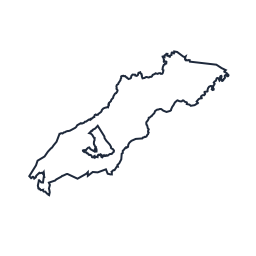 outline of Ixtlán de Juárez, Oaxaca, Mexico, rotated 22°
{"feature_id": "50627088B17775839910325", "entity_name": "Ixtlán de Juárez", "entity_type": "district", "adm_level": 2, "iso_a3": "MEX", "parent_name": "Mexico", "parent_adm1": "Oaxaca", "projection": "equal_earth", "projection_center": [-96.312, 17.477], "detail": "fine", "context": "isolated", "style": "outline", "palette": "slate", "viewbox_px": 256, "rotation_deg": 22, "n_neighbors": 0, "source": "geoboundaries", "source_scale": "gbopen_adm2", "svg_char_len": 5811}
<svg xmlns="http://www.w3.org/2000/svg" viewBox="0 0 256 256"><g transform="rotate(22 128 128)"><path d="M142.2,39.7L142.7,41.1L142.6,41.6L141.5,41.2L140.4,41.6L140.3,42.4L140.7,42.8L141.0,44.0L140.2,44.7L140.0,45.3L140.1,46.3L139.7,46.4L138.9,45.8L137.5,46.3L137.1,45.8L136.8,44.5L135.8,44.8L135.7,45.7L134.8,46.9L135.3,48.5L133.8,48.4L133.3,48.8L133.5,49.1L134.5,49.6L135.1,50.6L135.8,51.2L136.3,53.1L136.5,53.2L137.1,52.4L138.4,52.1L138.8,52.2L139.3,53.9L138.2,54.6L138.3,55.3L137.5,56.1L137.5,58.7L137.9,59.8L137.9,60.6L138.7,61.2L139.2,61.2L139.5,62.6L139.6,64.3L139.4,64.9L138.2,65.5L137.3,65.1L136.1,65.7L135.2,66.7L133.1,67.0L133.1,67.3L131.0,69.5L130.8,71.3L130.2,72.0L129.4,72.2L128.4,73.4L126.0,73.8L125.2,74.4L124.7,75.3L122.9,76.5L121.5,75.0L121.1,73.8L120.4,73.5L120.1,72.7L118.8,72.5L118.4,71.8L117.1,72.9L117.3,75.2L116.6,76.4L115.3,76.6L115.2,76.2L114.6,75.9L112.2,76.8L111.6,78.6L112.0,80.4L111.4,81.4L110.1,82.4L108.1,81.6L107.9,81.8L105.8,80.9L105.0,81.5L104.1,81.3L102.5,82.4L102.4,83.0L103.0,84.2L102.8,85.5L103.1,86.5L102.3,90.0L102.5,90.9L101.7,92.0L101.5,92.6L101.7,93.9L102.6,95.2L102.6,96.0L104.2,96.9L104.4,98.5L104.1,98.9L104.0,100.1L103.4,100.5L103.0,101.4L102.6,104.1L102.9,105.7L102.0,107.9L102.1,109.6L100.9,112.0L101.0,113.5L101.3,113.8L101.6,113.6L101.8,114.3L101.5,115.2L101.7,116.0L101.2,115.9L100.9,116.7L99.4,117.6L97.9,119.0L97.2,120.6L97.0,121.4L97.2,121.9L97.0,123.2L95.2,126.2L95.1,127.0L94.6,127.1L94.1,127.7L93.0,127.6L92.3,128.5L92.4,129.2L92.3,130.0L92.6,130.5L92.0,130.9L91.6,131.7L91.3,131.8L90.8,133.2L90.1,133.4L90.1,134.1L89.8,134.1L89.7,134.7L88.9,134.6L88.5,134.9L86.8,137.7L85.7,138.3L85.3,139.5L84.0,140.8L83.5,141.2L82.6,141.1L82.4,141.7L81.5,142.2L80.8,143.5L80.1,144.0L79.8,144.8L79.6,146.4L79.0,147.6L75.1,152.3L73.6,153.3L73.0,153.5L71.6,154.8L71.0,155.7L70.1,156.2L69.4,157.6L68.4,157.7L67.6,158.2L67.0,159.2L66.7,159.2L66.9,167.5L65.5,171.9L64.9,174.6L64.2,175.7L62.6,179.9L61.3,185.7L56.4,192.2L56.7,197.1L54.5,209.6L57.0,210.8L57.5,210.2L57.7,209.1L58.3,208.8L59.0,208.9L60.0,210.0L61.0,208.3L60.8,206.7L62.5,202.9L62.8,203.1L63.6,202.7L65.2,201.6L66.1,202.2L66.4,200.5L67.8,203.1L68.2,204.7L68.8,204.9L68.4,205.7L69.6,210.4L68.0,210.9L65.2,209.7L64.9,209.9L65.1,210.3L66.0,215.2L67.1,216.8L67.5,216.9L67.6,217.6L68.3,217.6L68.8,218.0L69.3,217.6L70.5,218.3L72.2,217.2L72.2,217.6L73.6,218.5L75.2,218.0L77.5,219.2L79.0,219.2L79.2,219.7L80.0,219.8L79.5,216.9L78.0,214.5L77.4,213.9L76.9,210.1L75.1,208.3L80.1,204.0L80.7,202.6L84.4,198.1L84.9,197.0L85.5,196.7L88.3,193.7L89.2,193.3L100.2,193.9L106.5,186.0L107.3,184.0L108.7,187.4L111.8,182.0L116.5,180.5L123.0,174.6L126.3,178.0L129.0,177.6L130.4,177.1L129.6,175.3L129.6,174.3L129.4,174.3L130.1,172.8L130.8,172.2L131.3,172.1L132.1,167.9L133.1,167.6L132.1,166.2L133.1,164.0L133.5,159.6L131.8,154.2L132.5,153.2L131.7,151.1L132.5,149.3L132.7,147.9L133.6,147.4L133.7,147.1L133.6,146.6L133.9,146.6L134.4,145.9L134.8,146.0L135.1,145.4L134.5,143.3L134.8,141.1L136.0,138.6L139.3,135.2L145.2,132.3L145.4,131.3L146.2,130.8L146.8,129.9L147.5,129.8L148.3,128.9L148.5,126.9L148.9,126.3L148.8,124.4L148.2,124.3L147.7,123.3L147.7,121.4L146.6,121.0L144.7,118.3L144.0,118.1L143.6,117.6L143.0,116.4L142.9,115.4L143.5,113.7L143.7,111.7L143.4,110.7L144.4,109.9L145.1,108.3L145.5,108.1L145.8,106.7L146.8,104.5L146.8,102.0L148.2,100.0L149.0,99.7L150.5,98.4L151.8,98.0L154.2,98.7L157.7,98.7L160.5,96.5L161.2,95.5L161.0,94.4L161.1,91.8L161.6,89.8L161.9,86.8L163.2,84.2L163.6,83.8L165.4,83.9L167.3,83.5L167.9,83.0L168.3,82.0L169.1,81.7L171.1,82.4L172.8,82.2L173.2,82.6L173.5,83.8L176.3,83.3L177.9,83.9L181.0,82.0L181.9,81.0L182.3,80.1L183.4,79.0L183.5,78.6L181.7,77.7L182.7,74.8L183.5,73.8L185.2,72.8L185.2,72.6L184.2,72.0L183.9,71.3L184.4,70.3L185.2,69.4L186.3,69.1L186.7,68.1L186.7,67.4L185.8,66.8L185.5,65.8L187.9,64.4L188.0,64.0L187.5,62.9L187.3,61.2L187.7,59.4L188.9,58.1L189.9,57.8L190.9,59.0L191.2,60.0L191.2,60.8L192.2,61.1L193.0,60.5L192.9,59.7L191.6,58.8L191.4,56.5L191.8,55.3L191.7,54.5L190.5,53.8L190.8,52.5L191.8,51.2L191.6,48.9L192.0,48.2L193.2,48.0L195.1,49.8L195.3,49.3L195.3,48.7L194.2,45.7L194.4,45.1L195.0,44.7L195.5,45.3L195.6,47.3L196.9,48.0L197.6,49.1L197.9,49.0L198.4,48.1L198.5,46.5L198.9,46.1L199.1,45.1L198.2,43.6L198.2,43.1L198.7,42.3L199.5,42.1L200.6,42.9L201.4,42.4L201.5,41.7L201.0,41.0L200.4,41.0L199.1,40.2L196.2,39.7L196.2,39.1L196.9,37.7L192.3,37.4L186.2,36.2L160.5,43.3L159.8,42.1L159.4,42.4L158.9,42.2L157.9,43.0L156.9,43.0L156.7,43.3L156.4,43.1L156.2,43.5L155.4,43.2L154.9,42.6L154.7,41.7L154.6,40.2L154.0,41.1L152.2,41.0L145.1,39.1L142.2,39.7ZM99.1,137.3L109.3,144.7L110.0,146.1L112.6,147.9L117.3,150.2L119.2,151.7L119.6,152.8L120.2,153.1L122.1,153.3L122.5,153.7L123.3,154.0L123.6,154.5L123.6,155.3L123.7,155.5L123.0,156.7L122.9,157.7L122.1,158.5L121.1,158.8L119.7,160.7L119.6,161.2L118.8,161.6L118.1,161.3L117.9,161.4L117.8,162.2L117.2,162.6L116.7,162.4L116.3,162.8L115.8,162.3L115.2,163.1L115.3,164.3L115.1,164.9L114.2,164.8L113.5,164.0L113.3,162.8L112.2,162.7L111.9,163.7L111.3,164.0L110.7,163.8L110.4,164.1L110.4,165.2L110.7,166.4L109.4,166.5L108.5,167.8L107.5,166.4L107.1,166.9L107.3,167.7L106.8,168.3L105.6,168.5L104.6,167.4L103.7,167.0L103.2,167.0L102.6,167.4L102.1,167.2L101.6,167.5L100.2,166.6L99.4,166.8L98.8,166.2L98.3,166.1L97.5,166.6L96.8,166.2L96.1,166.6L94.8,166.1L94.6,165.7L95.1,165.2L97.4,164.1L97.6,163.1L98.4,161.3L99.4,160.5L101.2,161.7L102.7,161.9L104.7,162.2L105.2,161.0L105.6,161.0L106.3,162.3L107.6,161.6L107.2,160.4L106.6,159.3L105.9,158.8L105.4,159.1L105.1,159.0L105.4,157.7L104.1,157.2L102.9,156.0L102.6,155.9L102.0,154.8L101.5,153.1L101.6,152.1L100.9,150.0L100.6,150.2L97.3,147.7L95.5,147.1L94.0,147.3L94.7,145.6L95.0,145.3L95.0,144.5L95.3,144.1L95.8,144.1L96.1,143.4L96.1,142.7L97.8,140.8L99.1,137.3Z" fill="none" stroke="#1e293b" stroke-width="2"/></g></svg>